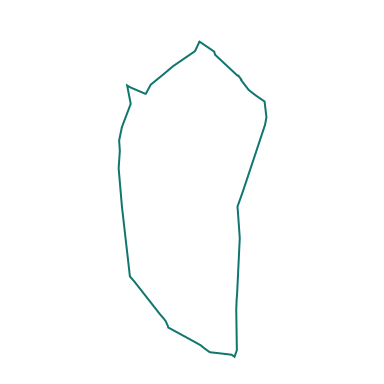 the district of Magdalena Yodocono de Porfirio Díaz, Oaxaca, Mexico, rotated 291°
{"feature_id": "50627088B61785293136981", "entity_name": "Magdalena Yodocono de Porfirio Díaz", "entity_type": "district", "adm_level": 2, "iso_a3": "MEX", "parent_name": "Mexico", "parent_adm1": "Oaxaca", "projection": "natural_earth1", "projection_center": [-97.387, 17.378], "detail": "fine", "context": "isolated", "style": "outline", "palette": "teal", "viewbox_px": 384, "rotation_deg": 291, "n_neighbors": 0, "source": "geoboundaries", "source_scale": "gbopen_adm2", "svg_char_len": 1088}
<svg xmlns="http://www.w3.org/2000/svg" viewBox="0 0 384 384"><g transform="rotate(291 192 192)"><path d="M268.2,93.3L252.3,103.2L227.5,103.3L214.0,105.5L204.5,109.9L187.9,115.0L153.3,131.8L90.9,164.3L87.8,170.2L66.4,205.9L63.5,211.3L61.8,214.0L60.3,215.4L59.0,216.8L56.9,218.5L56.8,219.7L52.7,250.3L52.3,253.1L51.9,255.5L51.3,257.1L50.3,260.1L50.2,260.7L48.9,265.6L49.0,266.9L50.2,271.3L52.3,279.5L54.3,287.3L53.4,290.7L60.3,290.6L98.2,275.4L107.9,272.1L109.4,271.7L113.4,270.5L166.1,253.1L190.3,241.8L192.5,240.7L194.7,239.7L210.8,239.3L251.1,237.5L280.9,236.1L282.0,235.9L288.5,234.7L302.5,227.3L303.1,224.8L304.7,218.1L305.7,214.5L306.7,211.2L307.4,209.0L308.0,207.7L314.2,197.6L314.7,197.7L314.9,197.4L316.5,194.7L317.3,193.6L317.1,193.2L316.9,192.8L320.4,184.2L327.4,166.8L327.6,166.4L328.4,164.4L331.0,162.4L335.1,145.1L334.7,144.9L333.2,145.0L331.2,144.8L324.5,144.3L314.1,137.1L305.8,131.4L303.6,129.9L302.6,129.2L293.0,123.9L292.4,123.6L277.4,115.0L268.2,113.8L267.2,113.7L267.0,113.3L267.0,111.6L267.6,96.5L268.2,93.3Z" fill="none" stroke="#0f766e" stroke-width="2"/></g></svg>